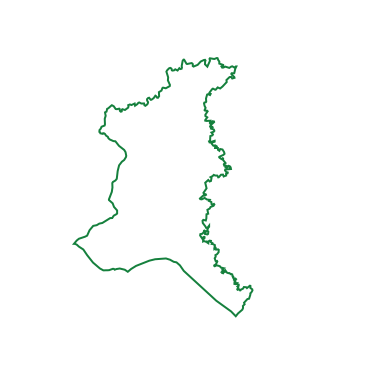 Chhloung, Krâchéh, Cambodia, rotated 225°
{"feature_id": "14789045B96545795392219", "entity_name": "Chhloung", "entity_type": "district", "adm_level": 2, "iso_a3": "KHM", "parent_name": "Cambodia", "parent_adm1": "Krâchéh", "projection": "robinson", "projection_center": [106.098, 12.159], "detail": "fine", "context": "isolated", "style": "outline", "palette": "green", "viewbox_px": 384, "rotation_deg": 225, "n_neighbors": 0, "source": "geoboundaries", "source_scale": "gbopen_adm2", "svg_char_len": 6095}
<svg xmlns="http://www.w3.org/2000/svg" viewBox="0 0 384 384"><g transform="rotate(225 192 192)"><path d="M269.2,304.2L270.3,301.8L273.9,299.2L273.8,298.6L272.1,297.5L269.8,291.5L273.1,291.5L275.0,293.5L275.4,294.5L276.2,294.7L276.9,293.8L278.1,290.4L277.9,285.9L279.6,281.8L280.5,281.6L281.9,283.0L282.8,283.1L283.5,282.8L286.0,279.0L286.7,278.8L291.1,280.0L291.6,279.6L291.4,278.2L288.3,273.7L287.2,273.0L286.5,271.8L287.2,270.7L288.5,270.6L288.1,267.7L290.6,266.9L290.7,265.4L291.6,264.1L292.3,263.8L293.7,264.7L294.5,264.6L295.2,264.3L295.7,263.1L295.6,260.2L295.2,259.0L289.9,256.2L288.0,253.9L283.3,252.1L282.6,251.1L283.9,246.8L286.3,245.3L286.4,244.5L285.3,242.1L286.0,239.2L283.0,236.5L282.7,234.5L283.4,234.0L285.1,234.4L286.0,234.2L285.5,231.3L285.9,228.6L286.4,228.0L289.0,228.3L289.5,227.3L289.4,225.8L288.3,224.9L286.6,224.5L286.1,223.8L285.6,222.4L285.9,220.0L286.9,219.7L288.5,220.7L290.4,218.7L292.6,218.0L293.0,217.2L292.8,215.4L293.3,212.8L295.1,214.0L296.3,210.7L297.8,210.0L298.5,208.3L297.4,207.6L296.8,206.5L297.4,202.6L299.8,201.3L299.8,200.6L298.7,199.3L298.9,198.8L299.2,198.4L300.4,198.4L302.0,199.6L302.4,199.5L303.6,197.5L304.7,196.7L307.9,197.3L309.8,196.8L310.1,196.6L310.4,191.9L310.8,190.8L309.3,188.4L309.8,186.8L306.9,184.8L305.5,182.1L301.4,178.3L300.8,177.2L302.1,174.2L301.3,172.2L301.2,170.4L300.0,169.0L299.2,169.2L298.3,168.7L297.0,169.5L296.5,170.5L296.1,170.3L295.6,171.3L294.6,171.5L292.7,171.1L290.5,171.5L289.1,170.9L287.3,171.0L283.6,172.4L282.0,173.7L276.3,173.0L269.7,173.8L267.2,173.2L264.1,171.1L263.4,170.0L262.6,166.7L263.0,163.8L262.4,159.3L259.4,154.3L254.5,148.1L254.3,145.9L255.0,143.2L254.7,142.0L251.4,138.9L248.8,135.4L245.5,128.0L245.0,127.6L240.1,127.9L236.6,126.3L231.9,126.0L229.8,123.9L229.7,123.1L230.6,119.9L230.0,117.2L231.4,115.7L233.5,106.7L235.2,104.1L235.9,101.2L237.9,98.2L237.4,92.5L235.3,87.0L236.0,84.8L238.9,79.0L239.2,76.2L238.8,71.9L237.9,72.7L236.2,73.3L233.4,73.4L228.2,74.5L221.5,73.2L212.1,72.1L203.1,72.8L199.3,73.9L195.4,78.0L193.6,81.8L192.8,82.4L191.7,82.4L191.0,84.0L189.0,86.8L184.6,89.5L181.0,90.2L180.6,94.6L179.3,100.2L173.6,113.3L170.5,118.4L163.4,126.6L159.6,128.6L155.6,129.7L153.2,131.3L148.7,131.6L142.0,130.4L97.9,132.3L79.9,135.2L73.2,135.1L73.6,138.7L73.2,144.4L73.9,146.1L75.4,147.4L75.4,149.8L76.9,150.5L77.1,155.5L76.2,156.9L78.1,160.6L79.1,161.6L79.0,162.7L79.6,165.1L80.6,165.8L82.8,165.4L84.3,166.9L84.8,166.7L85.2,162.9L86.3,163.0L88.1,161.5L87.6,159.6L88.4,157.6L88.2,156.7L88.4,156.4L89.9,156.5L90.6,155.1L91.2,155.2L91.9,157.3L93.0,157.3L92.7,158.7L93.5,159.5L95.0,158.6L95.5,159.6L96.0,158.9L96.7,158.8L97.0,158.4L96.4,157.4L97.0,157.0L98.0,158.1L97.8,158.6L98.2,159.5L98.9,159.2L99.2,159.5L99.2,161.5L99.9,161.5L100.0,159.8L100.3,159.6L101.1,160.5L102.5,161.1L102.5,160.6L103.8,161.1L105.3,162.2L106.6,161.6L106.6,161.3L108.4,161.0L108.9,160.3L110.3,159.7L113.3,160.2L112.8,158.7L112.3,158.7L113.0,157.7L112.5,156.6L113.1,156.2L113.4,157.0L114.4,156.5L114.4,157.3L113.7,158.0L113.9,158.4L114.9,159.0L115.6,158.5L116.3,159.1L115.9,160.4L118.2,159.0L119.9,159.2L122.2,157.9L122.8,157.5L123.4,155.6L124.1,155.5L124.4,155.8L124.0,157.8L124.9,160.7L125.5,160.9L126.0,159.9L126.5,159.9L129.1,161.2L129.5,163.0L130.8,163.9L130.3,165.8L130.6,168.2L132.2,170.0L133.0,169.9L134.2,168.3L135.4,169.0L135.8,167.4L136.6,168.1L136.7,169.4L137.5,169.5L138.2,170.6L140.3,170.0L141.2,169.3L141.5,170.3L143.5,169.8L144.1,170.8L145.1,170.1L145.5,168.5L144.3,167.3L145.7,167.0L146.7,167.3L147.2,166.5L148.9,165.8L149.2,164.9L150.6,166.3L150.5,168.1L151.2,169.0L151.7,168.9L152.0,168.1L151.9,166.3L155.5,167.0L156.3,168.1L155.2,169.8L155.3,171.9L156.1,173.1L156.0,173.5L154.0,174.0L154.0,172.0L153.2,171.5L151.1,172.9L151.0,173.7L152.4,175.5L154.2,175.7L155.3,178.4L155.3,179.5L156.1,180.3L155.7,177.2L156.8,176.6L157.9,177.1L162.4,177.7L164.2,179.1L164.3,180.3L162.1,181.6L163.2,183.5L166.0,186.5L165.2,188.1L168.5,190.3L167.8,192.8L168.3,194.6L167.0,197.4L167.4,199.0L168.1,199.1L168.7,197.4L169.5,197.2L171.3,198.6L173.6,197.7L173.9,199.0L176.0,197.3L178.9,196.7L179.9,193.7L181.1,192.8L181.8,193.0L181.6,197.1L180.3,198.8L180.1,199.9L180.7,200.1L182.3,199.1L183.3,199.5L184.3,204.9L189.2,207.9L189.0,212.0L187.0,211.9L186.4,213.2L188.1,215.7L189.4,215.6L188.7,217.8L188.7,219.5L187.3,220.0L185.7,221.5L183.8,220.9L183.5,221.4L183.7,224.7L182.4,226.2L180.6,225.4L179.5,227.8L180.8,229.0L180.6,230.0L180.1,230.3L180.3,230.9L180.7,231.1L181.6,230.3L183.9,230.6L184.4,231.4L180.7,235.8L181.6,236.4L182.0,235.9L182.6,236.0L182.9,236.9L183.5,236.9L184.6,236.4L184.5,234.5L185.0,233.5L185.5,233.4L185.2,234.7L185.7,235.0L187.7,233.4L189.1,234.1L189.2,234.6L188.4,235.7L188.7,236.2L192.7,236.6L193.7,237.7L194.2,237.6L194.4,236.1L196.9,235.7L197.5,235.9L197.5,236.4L196.0,240.5L196.0,242.0L197.5,242.9L200.5,243.6L202.5,242.3L201.8,240.5L203.5,240.2L204.8,241.4L206.8,239.4L207.1,239.8L206.3,241.0L206.4,241.6L206.9,241.8L208.7,241.3L209.2,240.1L209.8,239.8L212.8,240.2L212.9,240.8L211.6,243.6L212.2,244.2L214.7,239.5L215.2,239.7L215.8,239.9L215.5,240.9L215.7,241.3L218.6,244.5L217.6,246.5L217.9,247.5L220.3,247.8L219.3,249.9L219.4,251.0L220.7,251.6L223.3,250.3L223.8,251.3L223.2,252.3L223.6,252.5L224.4,252.1L224.8,250.9L225.6,251.2L226.0,253.3L225.8,257.1L226.3,257.4L227.5,256.6L227.6,255.0L227.1,253.2L228.2,253.4L229.4,255.4L231.9,252.6L233.1,251.8L233.5,252.2L234.0,255.6L236.3,255.2L237.2,256.1L238.0,260.1L238.9,260.1L240.2,258.8L241.0,258.8L241.9,261.1L244.0,261.8L246.2,263.2L246.5,264.0L245.7,265.2L245.8,265.9L248.2,268.0L250.2,271.6L249.8,272.5L247.8,273.3L248.2,274.5L249.4,273.9L249.9,274.5L250.5,278.9L250.3,279.9L247.9,280.7L247.6,281.1L247.8,284.1L245.3,285.1L245.0,288.2L245.2,294.3L246.8,295.5L246.7,299.8L245.7,301.0L243.8,300.7L242.7,302.8L243.4,303.2L247.3,303.1L247.9,303.6L247.9,304.1L246.2,305.6L246.2,306.0L248.6,309.8L249.4,312.1L249.8,311.7L249.9,310.0L252.3,309.4L252.9,308.5L253.4,306.1L257.1,304.2L257.8,302.2L258.6,301.3L259.9,301.6L259.1,303.3L259.8,303.9L263.5,302.1L265.0,303.6L266.6,303.8L268.6,304.7L269.2,304.2Z" fill="none" stroke="#15803d" stroke-width="2"/></g></svg>